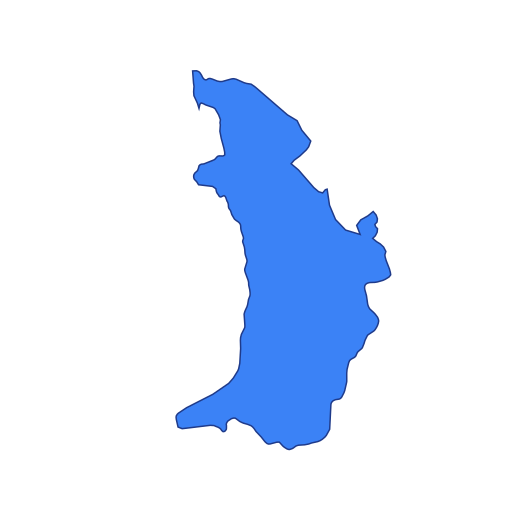 the Province of Yasothon, rotated 162°
{"feature_id": "THA-428", "entity_name": "Yasothon", "entity_type": "Province", "adm_level": 1, "iso_a3": "THA", "parent_name": "Thailand", "parent_adm1": "", "projection": "natural_earth1", "projection_center": [104.368, 15.815], "detail": "fine", "context": "isolated", "style": "filled", "palette": "blue", "viewbox_px": 512, "rotation_deg": 162, "n_neighbors": 0, "source": "natural_earth", "source_scale": "10m", "svg_char_len": 3962}
<svg xmlns="http://www.w3.org/2000/svg" viewBox="0 0 512 512"><g transform="rotate(162 256 256)"><path d="M246.6,439.4L244.9,439.1L242.8,437.7L238.7,434.3L236.3,433.0L234.2,432.4L224.8,432.0L223.6,431.8L222.4,431.5L220.3,430.3L213.8,424.5L211.6,423.0L207.5,420.9L204.5,416.9L182.5,380.5L175.1,372.0L173.6,361.5L168.4,348.4L172.2,343.6L175.3,341.4L183.3,337.6L190.1,335.3L194.1,332.9L189.0,324.7L179.9,303.2L176.6,297.8L173.1,295.4L169.6,297.6L167.7,297.6L170.4,281.6L169.1,266.1L162.8,253.0L150.3,244.3L150.8,254.0L145.2,258.0L137.2,259.6L130.8,262.1L129.1,257.9L129.0,253.9L130.4,250.9L133.2,249.3L133.2,247.0L132.0,244.4L133.4,241.2L136.3,238.3L139.6,236.7L136.9,232.4L134.1,229.1L131.9,225.1L131.1,220.2L132.5,218.1L133.1,217.3L133.5,215.0L133.6,211.3L133.1,202.5L133.3,198.8L133.7,196.5L134.5,195.9L136.0,194.9L140.2,193.9L142.9,193.6L148.5,193.8L151.1,194.2L156.0,195.6L157.3,195.7L158.6,195.7L159.8,195.4L160.8,194.9L161.6,194.2L162.1,193.3L162.6,192.2L162.9,190.2L163.2,184.1L164.7,175.5L164.7,173.3L164.4,171.5L164.1,170.4L161.5,165.8L160.6,163.9L159.3,160.1L159.2,157.9L159.4,156.3L160.6,154.1L162.0,152.3L163.5,150.8L165.3,149.3L166.2,148.7L167.3,148.2L173.2,146.6L174.3,146.2L175.1,145.5L178.2,142.3L178.9,141.4L180.2,139.5L183.2,135.9L184.1,135.3L188.3,133.6L189.3,133.0L190.1,132.2L191.5,130.6L191.9,130.1L193.5,129.2L197.2,128.5L198.3,128.1L199.3,127.6L200.8,125.9L204.5,119.9L205.9,116.6L208.4,108.8L209.0,107.6L213.2,100.6L214.6,98.8L218.0,95.4L218.9,94.8L219.8,94.4L221.0,94.2L224.8,94.8L226.0,94.7L227.3,94.5L228.4,94.0L229.3,93.4L230.1,92.6L230.7,91.5L239.5,68.4L244.5,63.7L246.4,62.5L249.6,61.2L252.0,60.6L254.6,60.4L261.0,61.0L263.9,60.9L268.0,61.4L273.9,62.9L275.4,63.0L276.8,62.9L280.1,61.8L281.3,61.6L283.9,61.6L285.0,62.1L286.2,63.0L288.2,65.4L289.2,67.0L291.3,71.7L292.3,72.1L293.8,72.5L300.8,72.9L302.2,73.3L303.4,74.2L304.6,76.1L305.2,77.5L307.0,82.4L310.2,89.1L311.2,92.6L312.1,94.6L313.1,96.1L316.0,98.5L319.6,100.9L321.3,102.4L322.6,103.7L325.2,107.4L326.0,108.3L327.5,108.8L329.6,108.9L333.6,107.8L335.3,106.6L336.3,105.2L336.5,103.8L337.3,101.4L337.8,100.3L338.7,99.6L339.7,99.0L340.9,98.9L341.8,99.3L342.6,100.8L343.0,102.2L343.8,103.6L345.0,104.9L347.0,106.5L348.3,107.7L351.8,109.1L379.6,114.6L383.0,117.4L382.3,125.1L381.9,127.1L381.3,128.5L379.8,129.8L378.4,130.5L368.8,133.2L339.8,137.8L321.3,143.3L315.3,146.9L308.7,152.5L307.3,154.2L304.6,158.9L299.2,172.7L296.9,180.6L295.9,183.1L294.1,186.0L289.2,191.0L288.6,191.8L288.0,193.5L285.3,204.3L284.9,205.0L284.1,206.2L282.9,207.7L280.2,210.6L278.9,212.5L276.6,216.9L274.1,220.0L273.5,221.2L273.0,222.8L272.4,225.7L272.0,230.1L271.7,231.5L271.3,232.7L271.1,233.9L271.0,235.8L271.3,243.3L271.2,245.5L270.8,247.0L266.6,253.0L266.1,253.9L265.8,255.4L265.8,260.3L265.6,262.0L264.7,265.6L264.3,268.2L264.3,273.6L263.8,274.8L263.1,275.7L262.5,276.5L262.2,278.0L262.3,283.6L262.2,285.5L261.9,287.1L261.3,289.3L261.1,290.6L261.4,292.1L262.1,293.6L263.9,295.9L265.1,297.8L266.2,302.8L266.2,306.9L266.5,308.0L266.9,309.1L267.1,310.1L267.0,311.3L266.4,313.5L266.3,314.7L266.3,316.0L266.6,317.1L266.7,321.3L267.1,322.5L267.8,323.3L269.5,323.2L270.7,323.0L271.8,323.2L272.5,324.1L273.0,326.2L273.5,327.5L273.7,328.8L273.7,330.0L273.4,332.4L275.8,335.6L288.6,341.5L289.4,344.8L290.8,347.7L291.0,348.5L291.0,349.4L290.8,350.7L290.2,352.2L288.7,353.7L285.2,355.3L283.7,357.2L282.3,359.4L280.9,360.1L279.5,360.2L278.2,359.9L276.9,359.7L266.3,360.4L265.2,360.7L262.3,362.4L261.3,362.7L260.1,362.6L256.8,361.4L255.6,361.4L254.5,361.8L253.7,364.4L253.2,368.7L252.7,378.6L251.8,385.8L249.4,391.7L249.1,393.8L247.7,396.6L247.9,401.8L249.4,408.7L250.7,410.4L257.0,415.1L259.2,417.3L260.9,418.5L262.5,417.6L264.6,414.0L264.5,419.5L265.5,427.6L264.6,431.4L262.5,436.6L262.0,439.7L259.1,451.6L255.5,450.6L254.6,450.0L253.4,448.9L252.6,447.4L251.9,444.7L251.7,443.0L251.3,441.4L250.8,440.3L250.1,439.5L249.2,438.9L247.7,439.0L246.6,439.4Z" fill="#3b82f6" stroke="#1e3a8a" stroke-width="1.5"/></g></svg>